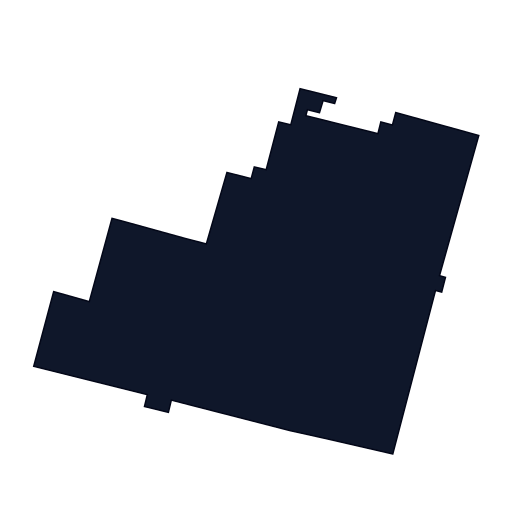 the district of Clay, Alabama, United States of America, rotated 14°
{"feature_id": "52423323B11039676247957", "entity_name": "Clay", "entity_type": "district", "adm_level": 2, "iso_a3": "USA", "parent_name": "United States of America", "parent_adm1": "Alabama", "projection": "albers", "projection_center": [-85.88, 33.295], "detail": "fine", "context": "isolated", "style": "filled", "palette": "ink", "viewbox_px": 512, "rotation_deg": 14, "n_neighbors": 0, "source": "geoboundaries", "source_scale": "gbopen_adm2", "svg_char_len": 603}
<svg xmlns="http://www.w3.org/2000/svg" viewBox="0 0 512 512"><g transform="rotate(14 256 256)"><path d="M443.0,85.2L356.9,83.0L356.7,95.9L344.7,95.7L344.7,107.8L270.4,107.8L270.5,101.6L282.9,101.6L283.5,89.0L295.4,89.0L295.8,83.0L258.3,83.0L258.0,120.3L245.6,120.4L245.0,169.8L232.8,170.0L232.6,182.1L207.6,182.0L204.9,256.3L182.7,256.1L119.5,254.5L107.2,254.3L105.3,340.6L68.3,339.5L67.0,416.8L184.1,416.8L184.2,429.0L208.8,428.9L208.7,416.3L331.5,417.2L365.6,416.3L436.6,415.0L438.5,246.0L444.9,246.1L445.0,230.9L438.8,230.7L443.0,85.2Z" fill="#0f172a" stroke="#020617" stroke-width="1.5"/></g></svg>